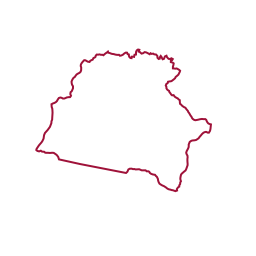 outline of Aparecida do Rio Negro, Tocantins, Brazil, rotated 225°
{"feature_id": "56859067B11960662849722", "entity_name": "Aparecida do Rio Negro", "entity_type": "district", "adm_level": 2, "iso_a3": "BRA", "parent_name": "Brazil", "parent_adm1": "Tocantins", "projection": "albers", "projection_center": [-48.002, -9.977], "detail": "fine", "context": "isolated", "style": "outline", "palette": "rose", "viewbox_px": 256, "rotation_deg": 225, "n_neighbors": 0, "source": "geoboundaries", "source_scale": "gbopen_adm2", "svg_char_len": 3956}
<svg xmlns="http://www.w3.org/2000/svg" viewBox="0 0 256 256"><g transform="rotate(225 128 128)"><path d="M198.9,90.7L196.8,88.9L195.3,88.2L194.2,87.3L192.1,85.4L189.3,82.2L187.5,80.2L186.9,78.7L185.6,77.2L184.0,73.6L183.4,69.7L183.2,65.8L182.3,63.6L180.2,60.8L179.7,59.4L179.3,58.2L179.0,56.7L178.7,52.7L177.9,48.7L177.3,47.6L175.9,47.7L174.3,48.6L173.6,50.3L172.1,50.5L170.5,51.9L169.0,52.0L166.9,54.0L165.7,55.0L164.9,55.9L164.2,56.8L162.9,57.9L160.3,58.4L159.0,58.5L156.9,58.2L154.6,57.0L136.6,68.5L97.6,94.8L97.5,96.6L98.4,98.9L98.0,100.4L96.7,101.8L95.3,102.5L94.6,103.4L93.3,104.1L91.6,106.0L90.8,106.8L88.3,107.8L87.2,108.9L85.6,110.5L84.1,110.6L83.1,111.7L82.0,112.1L80.9,111.7L79.4,111.9L77.6,112.7L75.8,114.0L74.4,113.8L73.1,113.9L71.0,113.2L69.6,112.2L68.3,111.5L66.4,110.9L64.8,111.2L63.2,111.6L61.5,112.3L59.2,112.8L57.2,113.0L55.6,113.6L54.6,114.3L53.2,115.0L52.3,115.7L49.8,116.9L49.1,118.5L50.2,119.2L50.5,120.4L50.6,121.6L50.3,122.8L51.2,123.7L51.5,125.2L52.6,126.5L52.9,127.8L54.5,128.6L55.5,129.5L56.5,130.9L57.5,132.5L57.7,133.6L57.6,135.3L57.5,136.8L57.3,138.7L57.9,140.4L58.5,141.6L59.0,142.7L59.6,143.9L60.7,145.0L61.9,146.0L63.1,147.1L64.1,148.1L65.1,149.4L66.4,150.5L67.9,150.9L69.3,151.6L70.1,153.0L70.5,154.3L70.9,155.7L71.5,157.2L72.4,158.3L73.3,159.1L73.9,160.4L74.5,161.8L74.3,163.2L73.8,164.5L72.8,165.7L72.0,166.7L71.3,167.9L71.1,169.1L70.8,170.6L71.1,172.4L71.2,174.1L71.4,176.1L71.3,178.1L70.6,179.8L69.7,180.7L68.5,181.0L67.5,181.9L68.0,184.0L69.0,185.6L71.9,189.2L73.3,188.4L74.6,188.0L76.1,188.2L77.4,188.6L78.5,189.1L79.7,188.9L80.7,187.8L82.1,186.7L83.3,185.1L84.0,183.9L84.9,182.5L85.9,181.1L87.0,180.5L88.7,180.2L90.0,180.4L91.2,180.9L92.5,181.0L93.9,181.4L95.4,181.8L96.6,181.9L97.7,182.4L99.0,182.5L100.1,182.6L101.7,182.9L103.5,182.3L105.4,182.0L107.1,182.1L108.3,181.9L109.7,183.0L111.1,184.3L112.6,184.0L113.8,184.1L115.1,183.6L117.1,183.2L119.0,183.5L119.9,182.3L121.1,182.2L122.4,182.5L124.2,182.7L125.2,183.3L126.4,183.0L127.6,182.9L129.0,183.3L130.0,184.3L131.3,184.7L132.0,186.2L131.7,187.8L132.4,189.0L131.7,190.1L131.0,191.0L130.4,191.9L130.2,193.4L130.0,194.9L129.9,196.5L130.4,197.8L130.2,199.5L130.1,201.4L130.6,202.8L131.0,204.1L131.6,205.3L132.8,205.3L134.1,205.0L135.7,204.5L136.4,203.5L137.3,202.8L138.4,201.9L139.6,203.1L140.4,204.6L141.4,206.0L142.7,205.8L144.3,204.9L145.5,206.1L144.8,207.2L145.1,208.4L146.6,208.0L147.1,206.5L148.2,205.6L149.4,205.6L150.6,205.7L151.9,206.3L152.5,204.7L151.9,203.3L151.5,202.2L152.1,201.1L153.2,201.4L154.4,201.9L155.8,202.1L155.5,200.5L154.6,199.5L155.1,198.5L156.8,198.5L158.2,199.7L160.1,199.8L161.6,198.6L162.8,198.4L163.7,197.1L164.9,196.8L164.8,195.5L165.8,195.2L167.3,194.8L168.8,194.2L169.9,193.4L170.2,191.6L171.0,190.2L172.2,190.1L173.3,190.1L174.4,189.6L175.3,191.3L176.4,190.6L176.7,189.1L176.1,187.5L175.3,186.6L174.3,185.6L175.2,184.4L174.0,182.6L174.9,182.0L175.8,181.1L174.9,179.9L175.8,179.2L177.4,179.2L178.6,179.8L179.4,180.6L180.6,180.0L181.9,180.6L182.8,179.9L183.2,178.7L183.4,177.4L183.4,176.3L184.0,174.6L184.8,173.4L186.1,173.4L187.3,172.1L188.8,171.0L190.3,170.2L191.7,169.1L192.9,168.5L194.1,168.0L195.2,167.3L196.2,167.8L196.3,166.5L196.6,165.0L196.8,163.3L196.8,162.1L198.0,161.6L198.9,160.6L200.2,159.9L201.0,158.7L202.0,157.9L202.0,156.4L201.3,155.3L201.4,154.2L201.9,153.1L201.3,151.3L201.8,150.2L202.2,148.7L201.9,147.5L203.3,146.5L204.6,146.1L205.9,145.8L206.9,145.0L206.9,143.7L206.8,142.3L206.6,140.9L206.2,139.6L205.3,138.4L204.0,137.8L203.0,136.8L201.9,135.6L201.3,134.3L201.3,132.8L201.8,131.2L202.2,129.6L202.0,127.8L201.7,126.5L202.0,125.0L201.7,123.4L201.3,122.2L200.8,121.0L199.7,120.0L198.3,119.1L196.4,118.6L195.0,117.2L194.4,115.8L193.8,114.2L193.9,112.7L192.8,111.2L191.1,110.5L190.8,108.9L191.9,107.7L192.9,106.3L193.3,105.1L193.9,103.8L194.9,102.8L196.3,102.4L197.4,101.7L198.1,100.3L197.8,98.5L197.3,96.8L197.3,95.4L197.7,93.8L198.4,92.4L198.9,90.7Z" fill="none" stroke="#9f1239" stroke-width="2"/></g></svg>